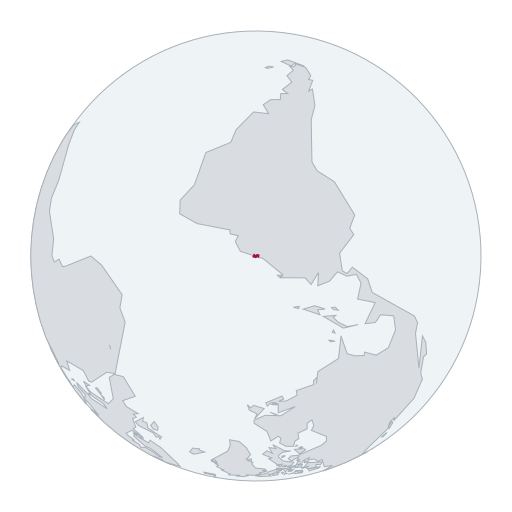 the Earth from above Para, rotated 181°
{"feature_id": "SUR-68", "entity_name": "Para", "entity_type": "District", "adm_level": 1, "iso_a3": "SUR", "parent_name": "Suriname", "parent_adm1": "", "projection": "orthographic", "projection_center": [-55.311, 5.329], "detail": "fine", "context": "on_globe", "style": "filled", "palette": "rose", "viewbox_px": 512, "rotation_deg": 181, "n_neighbors": 0, "source": "natural_earth", "source_scale": "10m", "svg_char_len": 8313}
<svg xmlns="http://www.w3.org/2000/svg" viewBox="0 0 512 512"><g transform="rotate(181 256 256)"><circle cx="256" cy="256" r="225" fill="#eef3f6" stroke="#a8b0b8"/><path d="M183.0,42.9L185.4,42.2L175.8,47.9L184.1,46.6L186.3,53.7L190.6,51.7L194.2,54.1L200.6,52.8L199.2,55.2L205.4,52.3L205.5,50.5L208.3,48.8L212.0,48.1L210.9,50.7L208.9,51.4L210.5,51.9L208.3,53.6L211.5,52.4L209.7,56.1L217.0,51.6L220.2,53.9L217.5,56.7L210.6,57.4L187.2,67.9L182.3,72.2L182.4,76.8L197.6,82.6L195.2,87.4L197.2,93.1L201.9,89.6L201.9,84.0L211.0,79.6L210.0,74.1L213.6,71.8L215.5,66.3L222.9,66.3L229.1,69.5L227.9,74.3L230.6,76.1L238.0,71.3L241.9,80.8L255.0,88.7L255.1,91.7L244.1,96.9L228.3,96.7L214.0,106.2L231.1,99.6L231.2,108.3L234.5,109.8L239.0,109.4L242.1,106.1L243.7,109.4L227.5,116.4L225.7,113.5L230.9,111.1L223.4,111.5L212.5,117.5L213.4,122.1L195.9,128.5L196.4,132.1L192.8,135.9L193.3,129.5L192.1,141.5L171.7,155.0L169.6,177.6L163.2,160.0L155.7,157.9L146.3,158.3L145.7,161.8L134.1,159.0L122.0,166.6L115.2,184.6L117.3,198.6L130.4,199.4L135.5,191.6L145.8,190.2L136.0,211.4L153.6,214.7L150.5,230.8L155.3,239.4L164.7,237.4L174.3,241.6L181.9,232.2L193.7,227.3L193.2,240.5L200.4,228.5L206.6,235.0L230.7,234.7L228.7,237.7L248.8,253.5L271.7,260.4L276.9,270.0L274.1,276.0L282.2,277.7L282.4,281.6L315.5,287.4L333.0,296.9L332.8,310.5L318.8,326.2L307.9,358.6L283.2,369.2L278.1,381.9L260.9,400.0L245.8,398.5L251.4,407.4L244.0,412.6L234.5,412.8L234.0,418.9L227.1,418.9L232.5,423.0L223.2,430.5L228.2,436.8L221.9,442.5L225.4,446.1L222.3,445.9L219.6,447.1L220.0,449.0L209.7,445.4L204.4,437.4L206.4,433.4L202.3,432.6L206.2,421.9L202.5,424.0L199.7,407.3L203.2,393.2L201.7,350.9L196.2,342.1L179.0,331.7L158.0,298.7L162.8,285.4L158.6,279.0L172.5,260.3L169.4,242.6L164.6,240.0L159.5,246.5L143.9,235.1L139.2,221.6L96.6,198.8L93.3,192.1L95.2,181.4L91.1,146.8L88.2,179.0L84.7,172.5L83.7,161.0L86.7,158.2L89.3,141.9L87.5,135.8L95.5,116.6L115.4,93.7L114.5,97.2L119.4,92.0L120.8,87.6L120.6,86.2L139.3,67.7L146.4,59.7L141.2,62.2L148.2,58.3L141.6,61.9L161.8,51.4L183.0,42.9ZM167.4,185.4L187.7,196.8L175.1,198.0L177.7,196.0L172.8,191.3L163.3,187.0L152.6,189.2L167.4,185.4ZM178.9,172.9L175.3,172.0L179.0,172.0L178.9,172.9ZM119.7,86.1L120.4,87.9L117.4,93.1L116.3,91.8L119.7,86.1ZM126.0,77.5L127.6,77.1L122.0,81.9L122.9,80.6L126.0,77.5ZM136.3,65.1L136.1,65.3L135.3,65.8L136.3,65.1ZM211.2,66.8L213.3,66.6L211.9,67.7L211.2,66.8ZM210.1,64.8L207.0,66.3L206.0,65.6L207.9,64.7L210.1,64.8ZM214.2,63.3L204.6,64.2L202.9,63.1L208.9,58.9L214.2,63.3ZM203.9,50.2L204.0,52.1L200.5,51.3L203.9,50.2ZM200.9,50.2L186.1,51.3L187.8,48.6L192.4,48.6L191.9,46.1L200.1,44.2L202.2,45.1L199.5,47.1L204.7,44.9L200.9,50.2ZM209.1,48.0L206.0,48.3L207.2,45.9L213.8,45.0L211.3,46.0L209.1,48.0ZM187.8,46.6L189.9,45.0L197.0,42.9L198.8,42.0L200.4,43.9L187.8,46.6ZM212.9,46.2L217.1,44.7L219.9,45.3L212.3,47.7L212.9,46.2ZM204.8,45.8L205.7,44.7L207.3,44.9L204.8,45.8ZM232.2,47.5L228.4,47.4L228.7,46.0L232.2,47.5ZM218.5,44.1L217.5,43.9L217.2,43.5L220.4,42.7L218.5,44.1ZM205.3,42.5L207.9,42.1L205.1,41.6L210.3,40.3L210.4,42.0L212.6,40.8L214.2,40.4L212.5,42.2L205.3,42.5ZM222.9,40.8L224.8,43.0L231.8,43.3L231.7,44.4L220.4,43.9L222.9,40.8ZM216.9,41.4L220.6,41.2L218.6,42.4L214.9,43.3L216.9,41.4ZM213.9,39.1L205.8,40.5L206.0,40.2L213.9,39.1ZM225.3,40.5L224.8,40.1L226.0,40.4L225.3,40.5ZM217.8,39.1L214.9,39.6L215.3,39.2L217.8,39.1ZM226.2,38.8L226.8,39.5L224.3,40.0L226.2,38.8ZM222.7,38.8L223.9,38.1L223.0,39.8L221.3,39.0L222.7,38.8ZM218.7,38.6L217.9,38.5L219.8,38.5L218.7,38.6ZM235.3,36.8L234.8,38.9L229.3,39.9L230.5,37.7L235.3,36.8ZM227.7,452.6L210.9,446.7L220.0,449.5L224.5,446.6L234.0,451.0L227.7,452.6ZM241.7,445.3L248.0,443.7L250.0,444.7L246.2,446.0L241.7,445.3ZM418.5,100.0L414.5,96.2L408.4,90.2L411.7,93.8L414.9,96.7L417.0,99.4L414.3,97.1L412.2,94.8L410.5,94.1L420.6,106.1L425.0,110.3L424.1,114.4L431.3,122.0L433.2,126.4L421.9,115.3L418.3,110.8L402.2,100.7L405.9,105.6L421.3,115.8L419.2,115.4L424.3,123.2L418.8,117.0L401.0,105.7L396.2,110.8L400.6,132.1L395.6,135.2L386.5,133.0L374.3,113.6L386.9,109.0L382.8,103.1L371.1,96.3L376.0,95.8L372.8,92.8L376.6,91.2L373.2,82.9L375.8,81.2L365.8,72.7L365.8,70.9L371.7,76.2L377.2,79.5L382.6,76.7L381.1,74.6L374.2,69.6L376.5,69.9L369.1,65.5L368.0,62.7L363.2,62.7L354.9,58.0L349.6,53.9L346.0,52.7L354.7,59.4L359.0,62.2L364.1,64.4L374.9,73.6L374.9,75.9L360.3,67.2L358.7,69.9L348.0,62.9L330.9,47.4L328.2,44.4L341.8,47.9L347.4,50.5L345.3,50.3L355.2,54.3L350.6,52.1L352.6,52.7L345.2,49.3L346.2,49.6L337.3,46.0L337.8,46.1L343.4,48.4L341.8,47.7L358.7,55.5L375.0,64.7L390.5,75.3L405.0,87.0L418.5,100.0ZM460.4,161.3L454.8,150.5L452.3,146.0L452.1,145.5L451.6,144.6L455.5,152.2L451.2,145.1L464.7,171.1L470.5,187.0L475.0,203.2L478.3,219.8L480.4,236.5L481.3,253.4L480.8,270.2L479.1,287.0L476.2,303.6L472.0,320.0L466.6,335.9L460.1,351.5L452.3,366.5L448.2,373.4L440.6,383.9L435.0,386.7L439.9,378.8L445.1,364.4L454.6,328.2L461.6,310.1L463.3,297.0L458.6,269.5L460.1,252.8L457.5,246.5L452.9,249.4L449.2,242.0L445.9,242.6L421.2,253.1L410.3,244.3L389.2,215.0L391.2,201.7L385.7,187.6L394.8,136.0L403.3,137.1L418.1,127.0L421.1,128.0L426.6,138.4L443.4,147.8L440.3,138.3L448.4,142.7L449.1,140.9L436.7,121.7L435.4,124.1L428.0,115.8L423.3,106.2L423.6,105.4L434.3,118.3L444.1,132.0L452.8,146.3L460.4,161.3ZM399.5,160.4L401.1,164.6L399.5,160.4ZM231.5,234.6L234.3,237.1L230.4,237.2L231.5,234.6ZM172.8,203.3L177.4,203.7L179.6,205.7L176.0,206.3L172.8,203.3ZM212.4,204.2L217.8,205.4L211.9,206.4L212.4,204.2ZM191.0,198.3L207.9,203.7L196.5,207.3L185.9,204.2L193.5,203.2L191.0,198.3ZM175.6,180.2L178.4,181.2L177.2,183.5L175.6,180.2ZM181.6,173.0L180.4,173.2L179.3,171.2L181.6,173.0ZM232.1,107.8L233.5,107.4L237.9,107.8L235.4,109.2L232.1,107.8ZM260.0,101.8L262.0,107.2L258.8,104.0L255.8,106.6L245.2,103.6L254.6,93.1L252.2,98.1L260.0,101.8ZM233.7,97.6L239.3,100.1L232.8,97.8L233.7,97.6ZM351.3,80.0L355.6,81.1L358.4,84.7L355.0,88.8L350.9,83.4L351.3,80.0ZM360.9,82.1L347.3,73.4L348.8,71.1L350.2,73.7L352.6,73.1L355.6,77.3L370.4,84.4L373.8,88.1L365.8,92.5L366.5,88.7L362.3,87.5L360.9,82.1ZM309.8,61.2L303.9,59.1L314.8,56.7L319.0,59.1L316.0,62.8L309.2,62.2L309.8,61.2ZM226.6,56.4L223.6,56.9L223.9,56.0L226.7,54.9L226.6,56.4ZM230.4,47.5L239.8,53.6L236.9,54.4L245.9,57.9L241.8,61.5L236.1,58.9L239.6,64.7L232.8,63.8L236.0,67.7L223.8,61.7L217.8,61.7L226.1,60.2L230.1,56.8L230.0,55.4L225.3,51.5L214.5,50.5L216.7,47.6L221.1,45.9L224.1,45.6L221.7,47.4L227.4,45.9L226.2,48.4L230.4,47.5ZM272.1,35.7L268.1,36.4L279.3,36.6L278.2,37.9L279.6,37.9L281.6,39.3L286.4,41.2L284.9,41.8L287.4,42.4L288.8,43.6L291.8,44.7L290.0,46.3L293.6,47.8L290.7,47.7L297.2,50.1L291.6,49.2L292.9,51.1L297.7,51.0L281.0,60.3L278.4,66.1L279.2,71.8L269.5,70.2L262.4,64.3L258.0,57.3L262.0,52.5L256.9,53.0L257.2,51.0L261.1,51.4L255.4,49.7L256.7,48.2L252.8,44.0L243.6,43.2L242.0,42.0L246.2,41.6L241.6,40.7L248.5,39.3L247.5,38.5L253.3,36.7L262.1,37.0L260.3,36.2L264.6,35.2L272.1,35.7ZM237.2,36.3L248.0,35.6L252.7,36.2L240.6,39.2L240.6,40.1L233.0,42.7L226.4,42.0L229.2,41.2L230.3,40.4L231.9,40.9L231.5,39.8L235.3,38.9L236.0,37.9L239.3,37.9L237.2,36.3ZM420.2,123.7L421.7,123.7L423.2,122.6L426.3,127.8L420.2,123.7ZM408.2,116.0L409.0,115.0L414.2,121.2L412.6,121.5L408.2,116.0ZM404.9,109.5L408.6,114.5L405.7,112.0L404.9,109.5ZM371.9,75.3L372.2,74.2L374.0,75.3L375.9,77.3L371.9,75.3ZM305.0,39.1L302.0,38.7L301.0,38.3L292.9,36.9L293.1,36.2L298.0,36.8L305.0,39.1ZM439.0,125.2L441.4,129.2L440.1,127.7L439.6,126.6L439.0,125.2ZM435.6,128.3L438.5,129.9L436.4,129.8L435.6,128.3ZM303.9,38.0L300.5,37.4L302.7,37.5L303.9,38.0ZM292.8,35.6L294.6,35.5L292.2,35.9L292.8,35.6ZM290.8,33.7L294.1,34.3L292.3,34.1L290.8,33.7Z" fill="#d9dde1" stroke="#a8b0b8" stroke-width="1"/><path d="M257.1,254.7L256.9,254.7L256.9,254.8L257.0,254.9L257.0,255.0L258.7,255.1L258.8,255.4L258.8,255.5L258.7,255.5L258.6,255.8L258.2,256.3L258.2,256.5L257.9,257.0L257.8,257.4L257.7,257.4L257.7,257.2L257.6,256.9L257.6,256.7L257.3,256.5L257.3,256.4L257.2,256.1L255.9,256.0L255.9,256.3L255.7,256.6L255.4,256.8L255.2,257.0L254.9,257.3L254.7,257.3L254.5,257.2L254.4,257.2L254.0,256.9L253.9,256.9L253.6,256.9L253.3,256.9L253.3,256.7L253.4,255.8L253.6,255.2L253.7,255.3L253.6,255.5L253.9,255.7L254.0,255.7L255.3,255.6L255.5,255.6L255.7,255.4L255.7,255.2L255.7,254.9L255.8,254.8L255.9,254.7L256.2,254.7L256.4,254.7L256.8,254.6L257.1,254.7Z" fill="#f43f5e" stroke="#9f1239" stroke-width="1.5"/></g></svg>